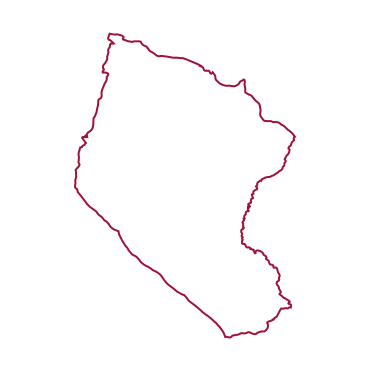 Silvania, Cundinamarca, Colombia, rotated 291°
{"feature_id": "7082276B74452941535479", "entity_name": "Silvania", "entity_type": "district", "adm_level": 2, "iso_a3": "COL", "parent_name": "Colombia", "parent_adm1": "Cundinamarca", "projection": "robinson", "projection_center": [-74.378, 4.431], "detail": "fine", "context": "isolated", "style": "outline", "palette": "rose", "viewbox_px": 384, "rotation_deg": 291, "n_neighbors": 0, "source": "geoboundaries", "source_scale": "gbopen_adm2", "svg_char_len": 5985}
<svg xmlns="http://www.w3.org/2000/svg" viewBox="0 0 384 384"><g transform="rotate(291 192 192)"><path d="M310.3,58.4L305.5,58.5L304.4,59.5L304.3,60.0L304.4,61.6L302.6,65.7L302.0,64.6L301.5,63.1L300.4,62.7L297.6,63.3L296.5,62.9L294.8,62.8L293.9,63.0L292.8,63.8L292.2,64.0L287.9,64.3L285.6,65.3L281.3,64.8L279.3,64.0L277.9,63.8L275.7,64.6L275.0,65.8L274.6,65.9L272.7,65.4L272.1,65.5L271.6,65.8L271.5,66.1L272.5,68.1L272.6,71.0L272.3,71.5L271.7,71.7L270.1,71.6L268.7,71.2L266.4,72.1L265.4,72.2L263.8,71.9L263.3,72.0L262.2,71.6L255.1,71.5L252.6,71.8L249.4,73.2L247.9,73.5L246.6,73.1L245.4,71.9L243.9,71.7L239.0,73.3L237.6,73.3L231.9,74.3L227.6,74.2L225.7,73.6L218.8,75.9L216.4,76.2L214.9,76.2L212.6,75.3L210.1,73.5L208.6,73.2L207.6,73.3L205.9,74.4L205.8,73.7L206.3,72.3L205.9,72.2L205.5,73.2L205.1,73.3L204.4,70.7L204.2,70.7L203.7,70.0L203.2,70.0L199.7,75.4L199.3,75.1L197.2,74.6L196.2,73.5L195.6,73.2L194.5,73.2L194.2,72.9L193.6,71.7L187.8,72.2L186.9,72.4L183.6,74.1L178.8,75.5L177.3,77.2L175.0,77.1L172.5,75.9L170.9,75.5L169.5,76.3L164.8,78.4L163.6,78.6L161.1,78.8L158.6,80.0L155.7,80.6L154.7,81.1L154.0,81.8L153.2,84.1L151.1,85.2L148.6,89.7L142.8,99.1L141.5,102.2L139.8,108.6L139.4,109.7L137.8,112.1L137.1,113.8L136.2,117.0L134.4,120.0L134.1,120.7L133.8,122.7L132.3,125.8L131.5,126.6L129.9,129.2L129.1,132.3L129.0,135.2L129.1,137.4L126.2,139.2L121.5,144.4L118.1,148.9L116.3,152.2L115.1,153.4L112.4,158.0L112.1,159.2L111.9,161.7L111.6,163.4L110.2,166.3L108.0,169.8L107.0,173.2L106.6,175.4L106.5,177.6L105.8,181.2L105.0,183.4L104.9,186.0L104.4,189.0L103.8,191.1L102.8,193.3L99.4,198.2L97.5,201.7L96.9,203.4L95.5,208.5L93.6,214.0L92.8,220.2L93.0,221.6L91.9,223.9L89.2,228.2L87.0,236.0L84.7,242.5L83.4,245.5L81.4,253.1L80.3,256.3L78.9,259.6L78.3,261.6L76.8,264.1L75.8,266.4L72.9,270.7L71.9,272.0L68.6,275.0L69.2,276.1L69.6,279.1L69.9,279.9L70.5,280.4L71.6,280.8L72.8,281.7L75.5,286.4L77.2,287.9L78.1,288.9L78.5,291.0L79.4,292.9L80.8,294.1L81.6,295.4L81.5,299.4L81.6,301.1L81.8,301.7L82.5,302.7L84.1,303.6L86.5,306.4L87.8,309.5L88.9,310.4L90.1,310.7L90.9,311.1L92.4,311.3L93.9,311.1L95.0,310.6L96.0,309.9L96.8,309.0L97.4,309.0L97.9,309.5L98.3,309.7L100.2,312.0L102.0,313.7L102.2,313.3L102.5,313.5L103.0,314.0L103.9,314.2L106.0,315.8L112.7,316.5L115.1,317.0L115.4,317.5L115.6,318.8L117.1,320.8L117.6,323.0L117.9,323.4L119.1,324.2L119.4,324.6L119.5,325.6L121.9,325.1L122.4,324.3L122.2,322.9L122.5,322.0L123.3,321.9L124.3,322.6L124.8,322.4L125.0,322.1L126.0,317.5L126.1,315.3L127.3,312.7L127.9,310.4L128.2,310.3L130.5,310.8L132.8,308.0L134.3,307.1L135.0,306.4L135.9,304.7L137.0,303.7L138.5,303.5L140.4,304.8L141.2,304.9L141.8,304.6L142.6,303.9L145.2,303.9L146.2,303.2L147.9,301.1L150.8,299.0L151.3,298.5L151.6,297.3L151.0,296.5L150.7,295.5L151.0,294.9L152.3,294.4L152.7,293.5L152.8,292.7L152.4,291.4L152.5,290.6L153.5,289.5L154.9,288.5L155.3,287.8L156.0,285.2L156.6,284.9L157.5,285.1L158.5,284.0L159.1,281.2L160.1,280.5L161.0,278.7L161.3,276.6L161.0,275.1L161.1,274.8L160.7,273.6L160.1,273.0L159.0,272.9L158.6,272.6L158.1,272.7L157.7,273.1L157.4,272.8L157.8,272.1L158.8,271.3L159.3,270.5L159.9,270.4L159.9,269.9L160.1,269.8L159.8,268.2L159.8,267.1L160.3,267.3L160.8,265.5L160.8,265.0L160.1,264.0L160.0,263.0L160.4,261.9L162.0,260.6L162.2,259.5L161.8,258.1L162.0,257.1L162.9,256.7L164.1,256.5L164.6,256.2L165.5,256.5L166.4,255.4L167.9,255.6L168.3,254.4L168.6,254.1L171.0,253.7L172.3,252.3L173.9,251.7L174.8,251.9L175.9,252.9L176.9,253.2L176.9,252.7L177.6,252.1L178.6,252.1L179.5,251.5L180.7,251.3L181.6,250.0L182.7,250.1L183.9,250.7L184.4,250.4L185.7,250.6L185.8,250.6L185.8,249.8L186.6,250.1L188.1,249.5L189.1,249.5L190.4,250.2L192.1,249.5L192.5,249.5L193.6,250.2L194.0,250.8L194.2,251.6L194.5,251.7L194.9,251.6L195.2,250.8L195.7,250.4L196.3,250.1L197.2,250.5L197.8,249.6L198.1,249.4L198.5,249.6L198.8,251.1L199.3,251.2L200.0,250.3L200.4,249.0L200.8,248.9L201.4,249.1L203.1,250.8L203.9,250.8L204.8,250.0L206.5,249.8L207.1,250.0L207.9,251.1L208.2,251.2L208.9,250.7L210.5,249.0L211.1,248.8L212.4,250.0L213.7,249.3L214.6,249.2L216.9,250.7L217.8,251.7L218.2,251.8L219.3,251.1L219.8,250.6L219.9,250.0L220.2,249.7L221.7,250.3L222.5,250.3L223.4,249.8L224.2,249.9L227.1,251.6L227.4,252.0L227.3,252.6L229.0,252.7L231.1,254.8L232.0,255.4L232.3,256.3L233.0,257.1L234.0,259.3L235.9,261.0L236.4,261.7L237.2,262.5L239.6,264.0L240.6,265.0L243.0,266.1L243.9,267.1L245.4,267.9L246.1,268.1L247.7,267.8L249.8,268.6L250.6,268.5L252.2,267.9L253.4,268.4L254.2,268.5L254.8,268.2L255.7,266.8L256.0,266.7L258.6,267.2L259.8,267.2L262.2,268.3L264.1,268.4L266.3,268.0L266.9,267.2L267.0,266.6L267.7,266.3L269.3,266.5L270.7,267.5L274.0,267.4L277.0,268.7L277.7,268.4L278.0,267.8L278.7,267.7L279.9,267.7L280.5,268.3L282.9,264.2L284.2,260.5L284.3,259.6L286.3,254.9L286.7,253.4L287.0,250.6L287.8,249.1L287.9,248.6L287.6,245.7L287.3,244.6L286.4,243.1L286.3,242.3L286.4,240.4L286.3,239.5L285.5,238.0L284.6,235.1L284.5,233.7L284.7,233.0L287.1,229.2L288.2,228.1L289.4,227.6L292.6,226.9L294.1,226.1L295.0,225.4L297.2,224.3L298.8,222.5L299.7,219.5L300.4,218.0L303.2,213.0L303.4,211.5L303.3,210.5L304.0,206.2L305.3,205.4L307.7,204.7L310.8,202.7L312.4,202.1L313.5,202.0L315.4,200.9L315.4,199.7L314.6,199.5L312.5,197.5L311.6,197.2L309.9,197.0L308.1,196.0L306.4,194.4L305.7,193.4L304.6,188.5L303.3,185.6L303.0,182.4L303.3,178.9L305.1,174.5L306.2,173.3L308.7,172.1L310.0,170.4L311.2,168.3L310.6,168.2L309.3,167.6L309.7,166.0L310.8,165.2L311.2,164.0L310.5,162.7L310.5,162.0L310.1,161.5L309.9,160.8L310.2,159.4L312.2,157.7L312.4,156.8L312.5,154.7L313.0,155.0L313.4,152.0L313.8,139.6L313.7,135.2L313.0,133.9L311.9,129.4L310.7,126.6L309.6,120.8L308.0,114.3L307.2,113.3L306.7,111.6L306.7,110.2L308.0,106.0L308.5,102.3L308.8,101.4L309.8,100.2L311.4,97.3L311.6,94.0L312.1,92.6L312.6,91.7L313.4,90.9L314.0,90.0L313.6,88.3L311.9,83.9L310.8,82.5L310.5,81.8L310.4,80.3L309.9,79.0L309.7,73.1L310.1,72.5L311.6,72.8L312.1,72.7L312.8,71.1L312.9,70.0L312.4,65.6L311.5,64.1L310.6,60.8L310.3,58.4Z" fill="none" stroke="#9f1239" stroke-width="2"/></g></svg>